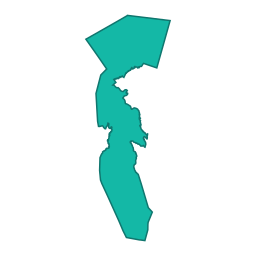 Asunción Tlacolulita, Oaxaca, Mexico
{"feature_id": "50627088B55334990083111", "entity_name": "Asunción Tlacolulita", "entity_type": "district", "adm_level": 2, "iso_a3": "MEX", "parent_name": "Mexico", "parent_adm1": "Oaxaca", "projection": "equal_earth", "projection_center": [-95.763, 16.21], "detail": "fine", "context": "isolated", "style": "filled", "palette": "teal", "viewbox_px": 256, "rotation_deg": 0, "n_neighbors": 0, "source": "geoboundaries", "source_scale": "gbopen_adm2", "svg_char_len": 5790}
<svg xmlns="http://www.w3.org/2000/svg" viewBox="0 0 256 256"><path d="M127.4,15.4L127.3,15.6L116.2,22.0L85.9,39.2L98.1,56.5L106.7,69.0L100.8,75.0L96.0,93.5L97.6,121.3L98.5,126.4L99.3,126.3L99.5,126.5L102.4,125.8L102.9,126.1L103.7,127.5L105.0,128.8L105.6,128.8L105.8,128.2L106.1,127.6L106.2,127.0L107.1,125.9L107.7,124.5L107.9,123.2L108.2,123.3L108.6,123.4L108.8,123.8L108.8,124.3L108.7,125.3L108.5,126.2L108.6,126.9L108.8,127.6L109.2,128.1L109.9,128.4L110.9,127.5L111.1,127.0L111.5,126.9L111.8,127.2L111.8,127.7L111.4,128.0L111.1,128.7L112.0,129.3L111.8,129.9L111.8,130.7L111.6,131.2L111.1,131.4L111.1,131.7L110.7,131.8L110.7,132.3L110.5,132.7L110.4,132.8L109.8,132.8L109.6,132.9L109.3,133.4L109.4,133.7L109.6,133.9L109.6,134.0L109.5,133.9L109.4,134.0L109.1,134.4L109.2,134.6L109.3,134.7L109.3,134.9L109.2,135.0L109.2,135.6L109.1,135.8L109.5,136.0L109.2,136.4L109.0,136.6L109.0,137.5L108.8,138.4L108.8,138.6L108.5,139.3L108.1,139.8L107.7,139.8L107.7,140.3L107.5,140.7L107.8,140.8L108.1,140.8L107.8,141.3L108.1,142.1L108.0,142.9L108.3,143.0L108.3,143.3L108.5,143.7L108.6,144.1L108.8,144.2L109.0,144.1L109.2,145.1L109.1,145.3L109.1,145.5L109.0,145.9L109.2,146.1L109.1,146.4L109.2,146.6L108.8,146.8L109.1,147.3L109.0,147.7L109.0,147.8L108.5,147.9L108.3,148.2L107.9,148.1L107.6,148.3L107.1,148.5L106.9,148.4L106.8,148.5L106.5,148.4L106.0,148.9L105.7,150.0L105.4,150.0L105.1,150.4L104.8,150.6L104.3,151.0L103.9,150.9L102.6,151.9L102.6,152.1L102.6,153.0L102.2,153.4L101.9,153.6L101.8,153.9L101.5,154.2L101.3,154.6L100.0,157.7L99.6,170.4L100.5,180.0L101.9,183.7L107.4,195.5L119.0,221.2L123.1,230.9L126.4,237.5L139.4,239.9L140.8,240.0L144.9,240.6L147.8,229.9L147.9,224.5L148.1,222.4L152.3,212.1L148.3,207.7L141.3,184.1L138.3,174.6L137.9,174.0L137.7,173.9L137.3,173.7L136.7,173.1L136.6,172.6L136.2,172.5L135.9,172.4L135.9,172.2L135.7,172.0L135.4,171.5L135.4,171.2L134.8,170.3L134.6,170.0L134.4,168.8L133.8,167.7L134.0,167.4L133.8,166.9L133.8,166.2L134.0,165.7L134.1,165.0L134.8,164.4L135.1,164.2L135.3,163.8L135.6,163.7L135.7,163.4L135.8,162.6L135.7,161.4L135.6,160.7L135.8,160.0L136.4,158.1L136.1,157.3L136.8,156.2L136.6,155.1L136.3,154.6L136.0,153.3L135.7,153.4L135.5,152.4L135.3,151.9L135.0,151.7L134.1,151.3L133.4,150.6L133.4,149.9L133.5,149.7L133.4,149.2L133.2,148.0L133.1,147.5L132.7,147.1L132.5,146.3L132.2,145.4L131.8,144.9L131.8,144.3L131.7,144.2L131.4,144.0L131.2,143.3L130.9,143.3L130.3,142.7L130.3,141.7L130.5,141.5L131.2,141.5L131.2,141.0L131.6,141.0L132.3,141.0L133.1,141.2L133.5,141.9L133.9,142.2L135.7,142.7L136.0,143.3L136.7,143.1L137.0,143.4L137.8,143.6L138.0,144.2L139.0,144.2L139.4,144.4L139.7,144.9L140.4,145.4L140.7,146.0L141.1,146.1L141.8,146.0L142.2,146.1L143.1,145.9L143.3,145.6L143.7,146.0L144.4,146.6L144.5,147.0L145.0,147.2L145.8,144.2L145.6,142.6L145.5,142.2L145.1,141.8L145.0,141.2L144.8,141.1L144.7,140.9L144.3,140.5L144.3,139.3L143.8,139.3L143.8,139.0L143.4,138.5L143.5,137.6L143.7,137.4L143.8,137.0L144.1,136.7L144.4,136.6L144.6,136.7L145.0,137.0L145.8,137.8L146.6,138.5L146.9,139.0L147.0,139.0L147.2,138.5L147.2,137.9L147.3,137.4L147.3,137.0L147.0,136.5L146.8,136.1L147.0,135.8L147.4,135.6L147.4,135.3L147.4,134.7L147.6,134.3L147.7,134.0L147.6,133.9L147.4,134.1L147.4,134.4L147.2,134.5L146.8,134.7L146.3,134.4L146.0,134.1L145.8,133.9L145.6,133.9L145.4,133.7L145.3,133.4L145.1,132.9L144.7,132.8L144.2,132.6L144.1,132.3L143.9,132.0L143.5,131.7L143.2,131.7L142.9,131.6L142.8,130.8L142.4,130.7L142.1,130.1L141.6,129.6L141.2,129.1L140.9,128.4L140.9,128.0L140.7,127.8L140.6,127.3L140.4,126.8L140.6,126.3L140.4,126.0L139.8,125.8L139.8,125.6L140.0,125.4L140.1,125.2L140.6,125.2L140.8,124.9L141.0,124.9L141.0,124.7L140.9,124.3L140.7,123.8L140.6,123.3L140.5,122.8L140.4,122.5L140.4,122.2L140.2,121.9L140.3,121.4L140.4,120.9L140.5,120.7L140.3,120.5L140.1,120.3L140.0,119.9L139.7,119.8L139.5,119.5L139.4,119.3L139.4,119.2L139.5,119.0L140.2,118.5L140.4,118.2L140.2,118.0L139.8,118.1L139.3,118.2L139.3,117.6L139.5,117.4L139.6,117.2L139.5,116.8L139.6,116.5L139.5,116.0L139.5,115.6L139.3,114.6L139.3,114.4L139.5,114.3L139.8,114.4L139.8,114.2L139.4,113.8L139.4,113.6L139.4,113.1L139.3,112.4L138.9,111.4L138.9,110.9L138.7,110.7L138.3,110.3L138.0,109.8L137.7,109.3L137.2,108.9L136.0,108.3L135.2,108.1L134.2,107.9L133.8,108.1L133.3,108.3L132.4,109.0L131.9,109.2L131.6,109.2L131.2,108.7L130.8,107.2L130.4,106.2L127.8,104.5L127.0,104.1L125.6,103.6L125.3,103.2L125.0,101.1L124.7,100.2L124.3,99.5L123.5,98.8L123.1,98.4L122.8,98.1L122.8,97.9L123.2,97.6L123.4,97.3L124.3,96.0L125.2,95.7L125.8,95.6L126.4,95.4L127.0,94.9L127.5,94.3L127.7,93.7L127.6,93.2L127.2,93.0L126.6,93.2L126.4,93.2L126.2,92.9L126.2,92.7L126.2,92.4L126.3,92.0L126.7,91.3L127.3,90.7L127.0,90.2L126.1,89.7L125.1,89.8L124.2,90.5L123.3,91.5L122.1,91.4L120.8,90.8L120.0,89.8L119.3,88.7L118.0,87.6L116.9,87.8L115.6,87.0L114.1,85.3L112.9,85.1L114.7,83.4L115.9,82.5L113.9,79.5L114.3,79.4L114.4,79.0L114.8,78.9L115.0,79.3L115.6,79.0L115.6,78.7L115.9,78.5L116.1,78.8L116.3,78.7L116.6,78.8L116.9,78.3L117.3,78.1L117.8,78.2L117.8,78.5L118.1,78.6L118.3,78.1L118.6,78.1L118.8,77.8L119.1,77.6L119.4,77.7L119.4,77.3L120.0,77.2L120.0,76.7L120.4,76.7L120.7,77.1L120.9,77.2L121.1,76.9L121.5,76.5L121.8,76.4L122.1,76.3L122.3,76.1L122.8,76.8L123.3,77.1L123.8,77.2L123.9,77.3L125.3,74.4L125.7,73.6L125.8,73.1L126.4,73.1L126.5,72.6L126.9,72.3L127.4,72.1L127.7,71.4L128.4,71.3L128.6,70.7L128.9,70.6L129.0,70.9L129.3,70.6L129.9,70.4L130.5,70.2L130.6,69.4L131.0,69.3L131.3,68.3L131.8,67.7L132.2,68.3L132.2,68.9L132.7,69.0L133.1,68.8L133.0,68.3L134.1,68.2L134.7,67.8L134.4,66.9L134.9,66.5L135.2,66.9L135.5,67.1L136.1,67.0L136.6,67.0L137.4,67.4L137.6,67.9L138.5,67.7L138.9,67.8L139.5,67.1L139.1,66.8L139.6,66.6L140.8,66.4L141.5,66.4L142.9,64.2L143.6,63.4L156.8,67.9L170.1,20.6L127.4,15.4Z" fill="#14b8a6" stroke="#0f766e" stroke-width="1.5"/></svg>